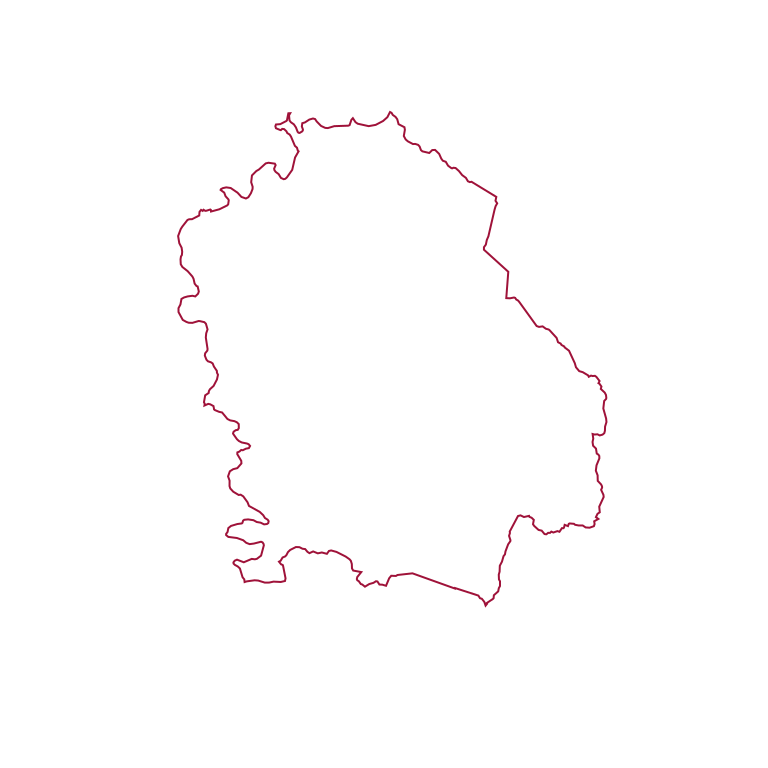 Iffou, N'zi-Comoé, Ivory Coast, rotated 209°
{"feature_id": "98640826B12556457947993", "entity_name": "Iffou", "entity_type": "district", "adm_level": 2, "iso_a3": "CIV", "parent_name": "Ivory Coast", "parent_adm1": "N'zi-Comoé", "projection": "mercator", "projection_center": [-4.013, 7.499], "detail": "fine", "context": "isolated", "style": "outline", "palette": "rose", "viewbox_px": 768, "rotation_deg": 209, "n_neighbors": 0, "source": "geoboundaries", "source_scale": "gbopen_adm2", "svg_char_len": 6166}
<svg xmlns="http://www.w3.org/2000/svg" viewBox="0 0 768 768"><g transform="rotate(209 384 384)"><path d="M137.1,391.7L138.4,393.5L142.8,396.7L143.0,399.1L143.7,400.2L145.4,401.4L150.1,402.9L152.9,407.7L156.7,410.9L158.7,415.9L159.6,423.4L160.8,425.4L162.3,426.2L164.2,426.3L167.3,430.3L171.2,431.4L173.5,434.4L174.5,437.7L177.3,441.4L175.3,441.9L172.9,443.5L170.4,443.6L168.3,445.7L167.5,447.8L168.1,450.2L170.0,453.9L171.0,458.6L173.0,461.5L180.3,468.9L183.2,475.9L182.5,478.6L182.8,479.6L184.5,482.0L186.8,483.5L192.0,484.8L192.6,487.2L195.7,488.7L196.8,488.7L196.9,491.1L201.7,493.2L203.5,493.4L205.4,492.1L207.0,491.7L208.4,489.6L209.7,490.5L215.9,490.7L219.5,489.9L224.2,491.7L227.2,494.7L238.3,502.8L243.8,503.6L244.5,504.2L247.7,504.2L249.1,505.0L252.0,504.9L255.4,508.0L265.2,511.3L266.4,511.5L269.2,510.8L273.2,511.3L276.1,509.1L278.6,508.7L305.4,521.3L307.2,522.0L309.3,522.0L311.0,522.9L312.2,522.7L315.4,520.0L318.7,518.4L329.7,542.4L361.7,549.9L362.9,552.1L362.5,555.3L363.9,559.8L364.3,563.8L371.8,590.0L372.6,593.6L372.6,596.9L375.3,598.3L376.5,602.1L405.5,603.3L406.8,602.2L408.9,602.0L412.3,604.0L416.9,604.6L421.7,606.6L426.1,607.6L428.1,606.8L429.0,605.6L430.1,605.5L433.8,606.0L437.7,608.3L440.8,607.8L443.2,608.9L447.3,612.0L452.8,613.5L455.2,612.0L456.4,608.0L463.2,606.1L465.1,606.5L468.0,609.0L470.1,609.7L473.1,609.1L475.0,607.9L480.8,607.8L483.6,608.4L486.9,610.5L489.0,616.5L490.6,618.5L497.2,618.3L500.8,622.0L503.4,623.2L506.8,623.6L508.8,624.8L510.6,624.8L510.4,619.0L512.3,613.6L516.9,606.6L522.4,602.1L533.2,598.9L535.9,599.2L540.1,601.4L540.6,599.3L539.6,593.7L540.5,592.6L552.5,585.4L557.2,580.6L559.6,579.5L564.2,579.2L570.2,581.0L572.7,582.3L574.8,581.8L577.5,579.1L580.0,574.4L581.9,572.5L580.7,569.4L578.3,567.3L577.9,566.3L578.1,565.1L579.5,562.7L580.6,562.3L581.8,562.7L585.4,565.7L588.7,567.4L592.4,567.8L594.4,568.7L597.3,572.9L597.3,575.4L598.9,574.4L596.7,567.5L596.9,566.7L600.7,561.0L604.3,558.6L604.0,556.8L602.5,555.3L598.1,555.8L597.3,556.0L596.7,557.8L594.9,558.5L591.8,557.7L590.3,556.6L587.4,556.4L585.3,555.3L577.4,549.1L574.7,548.5L572.5,546.3L571.5,546.1L571.6,539.0L568.1,526.8L569.1,517.6L569.8,515.6L571.0,514.5L574.1,514.3L577.9,516.5L581.6,517.0L583.5,517.9L584.5,519.1L584.9,522.9L586.3,523.8L592.3,521.5L594.4,519.6L597.4,510.9L598.9,508.4L600.6,502.4L598.0,496.1L594.5,492.8L593.5,490.8L592.9,486.4L593.2,481.6L594.7,479.3L599.4,478.5L604.8,480.3L613.1,481.1L617.3,479.5L619.9,477.2L621.1,475.3L621.0,474.5L616.5,473.9L613.6,471.4L609.5,470.0L608.8,469.3L607.4,465.6L607.7,464.2L612.7,457.0L618.9,451.0L619.8,452.3L620.5,452.4L623.4,449.4L624.3,448.8L626.3,448.9L626.5,447.5L628.4,447.6L628.8,445.1L627.3,441.8L631.8,435.1L634.3,433.6L635.4,432.2L636.7,424.0L636.9,421.0L635.8,413.6L631.3,407.9L627.1,405.1L624.6,401.8L623.3,398.8L623.4,397.1L622.4,394.4L619.8,390.2L617.1,388.6L610.4,387.5L603.7,385.1L601.6,383.7L598.3,380.0L595.5,378.8L594.3,379.0L590.8,375.1L590.4,372.8L591.5,369.1L594.3,368.3L598.2,365.4L600.8,362.8L602.4,360.2L600.6,354.9L600.5,350.7L598.6,347.3L591.1,342.5L586.9,342.5L584.5,342.9L581.2,344.6L576.7,349.2L575.6,349.7L571.1,351.0L569.0,350.4L564.8,346.2L564.1,342.2L562.4,338.3L555.3,329.1L554.7,327.6L555.3,324.1L554.5,322.0L551.1,319.2L549.0,318.5L545.8,319.1L543.8,318.9L541.2,316.8L536.5,314.4L535.6,312.9L533.7,311.6L532.3,307.0L532.1,299.7L533.7,295.0L533.7,292.9L533.0,291.1L534.9,287.4L532.6,280.7L531.2,279.8L530.6,278.1L528.1,281.4L526.1,282.0L523.4,282.0L522.4,282.0L520.3,279.4L519.3,279.2L514.8,279.7L511.8,280.6L504.0,277.5L500.9,277.6L496.8,279.0L494.1,279.2L491.6,278.5L489.6,275.0L489.7,273.0L491.3,271.7L492.4,269.4L492.1,267.6L491.6,267.2L485.8,264.4L483.3,263.8L480.1,263.9L475.0,265.5L473.2,265.7L471.1,264.9L471.1,262.4L473.4,260.5L475.4,257.6L476.9,257.1L477.7,254.8L479.1,253.1L478.3,251.5L471.6,247.6L470.2,245.4L471.5,239.3L474.6,236.4L476.5,232.9L475.6,227.6L472.2,224.6L469.6,219.8L467.8,218.1L463.6,216.7L457.3,216.5L455.7,217.7L452.6,217.5L446.0,214.4L443.0,211.9L430.7,211.9L426.0,210.7L423.2,209.1L419.9,208.9L418.4,208.1L417.8,206.2L418.5,204.8L420.8,203.1L424.7,202.9L428.4,201.6L432.1,201.6L437.2,199.7L440.4,197.5L441.0,196.2L440.5,193.9L440.8,193.1L444.4,190.4L449.0,185.7L450.3,182.5L449.1,178.8L449.4,176.3L448.8,175.3L446.0,174.8L438.0,178.0L431.4,179.1L427.5,178.3L423.9,178.8L420.4,181.4L415.1,186.4L413.5,186.6L411.9,185.8L410.9,184.7L408.3,174.3L410.4,169.5L411.9,168.1L414.9,166.9L420.2,160.1L427.4,159.1L428.9,157.1L429.2,155.0L428.5,154.0L426.8,153.5L423.4,153.5L420.6,152.8L414.0,146.4L411.5,145.4L409.9,143.2L408.4,144.8L402.0,149.6L398.7,151.1L392.0,152.5L388.1,154.7L384.8,157.6L378.3,160.8L375.1,163.7L375.9,166.3L384.0,175.9L384.8,176.6L386.6,176.4L389.7,177.7L388.7,179.3L388.6,183.1L386.9,185.2L386.4,186.9L386.5,190.4L385.6,193.4L382.0,198.7L378.8,200.3L375.4,200.4L372.9,201.4L369.6,200.1L367.2,199.9L364.8,203.2L359.8,203.8L356.7,206.5L351.6,207.8L351.2,211.3L349.5,212.8L344.2,214.1L333.9,214.5L329.2,214.0L327.3,213.3L324.9,211.0L322.6,207.2L320.5,205.9L312.7,208.5L313.8,202.2L313.2,200.2L312.2,199.4L310.4,199.3L307.3,197.8L305.8,198.1L302.4,197.5L299.9,201.9L296.8,205.0L295.4,207.6L294.0,208.1L290.8,206.4L288.1,207.7L284.4,208.5L285.3,216.6L284.7,219.8L280.5,221.9L279.6,223.5L267.3,232.2L222.7,239.5L222.9,240.0L198.9,244.7L196.2,243.2L194.3,243.6L190.7,242.1L187.7,239.4L187.3,241.7L188.0,242.1L184.5,248.9L184.3,249.8L185.5,252.5L183.6,258.0L184.6,261.1L184.6,263.5L186.9,267.7L188.7,268.8L191.2,272.9L191.9,275.9L194.6,281.2L194.7,285.8L196.0,291.4L195.6,293.6L196.6,296.5L197.7,304.0L197.3,307.8L197.7,308.7L201.0,311.8L201.6,314.7L202.5,315.9L202.8,333.5L200.9,335.3L197.1,335.5L193.2,339.0L192.4,338.3L190.1,338.6L187.1,337.8L185.7,333.6L183.9,332.7L178.1,331.3L175.0,332.2L170.9,330.6L170.2,330.8L169.1,331.3L168.3,333.4L166.6,334.3L166.1,336.0L163.9,336.2L161.0,339.4L158.9,339.8L158.5,344.2L157.1,344.9L157.0,345.8L157.7,348.4L154.2,348.9L154.6,351.3L154.1,352.0L150.1,353.8L148.6,353.5L145.0,354.7L141.6,356.6L138.1,356.3L134.5,358.0L131.5,361.4L131.9,363.6L133.6,365.8L131.1,369.9L134.1,370.3L134.3,374.0L133.1,376.4L136.3,381.1L137.1,391.7Z" fill="none" stroke="#9f1239" stroke-width="2"/></g></svg>